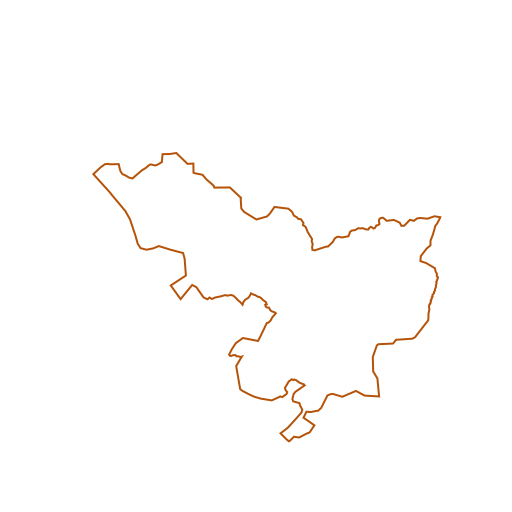 Charanchi, Katsina, Nigeria, rotated 124°
{"feature_id": "59680162B50452180674611", "entity_name": "Charanchi", "entity_type": "district", "adm_level": 2, "iso_a3": "NGA", "parent_name": "Nigeria", "parent_adm1": "Katsina", "projection": "mercator", "projection_center": [7.676, 12.562], "detail": "fine", "context": "isolated", "style": "outline", "palette": "amber", "viewbox_px": 512, "rotation_deg": 124, "n_neighbors": 0, "source": "geoboundaries", "source_scale": "gbopen_adm2", "svg_char_len": 3916}
<svg xmlns="http://www.w3.org/2000/svg" viewBox="0 0 512 512"><g transform="rotate(124 256 256)"><path d="M120.8,124.9L123.3,130.3L129.2,134.7L132.6,141.0L134.8,143.5L138.6,144.8L139.9,148.6L147.9,150.0L149.7,152.3L148.0,155.5L149.0,161.9L152.3,165.6L153.8,167.5L153.4,169.6L153.3,172.3L155.0,173.9L155.4,174.0L156.5,174.4L158.5,173.5L159.8,172.2L160.4,171.5L162.3,172.1L163.3,173.3L166.1,173.1L167.4,173.7L167.6,177.2L169.4,177.8L171.3,177.7L172.5,179.9L173.3,183.2L174.9,185.0L175.7,186.7L179.2,188.4L181.3,190.8L183.3,191.5L187.9,190.4L192.5,195.0L193.9,198.4L194.8,199.4L197.2,200.5L201.3,200.2L202.6,200.5L206.3,201.2L206.5,201.3L207.9,201.6L209.1,203.2L209.9,203.8L218.5,210.5L219.4,212.6L217.2,214.5L214.5,215.6L212.5,218.2L210.6,219.0L207.3,226.4L205.5,229.0L204.1,231.2L204.1,234.3L202.1,235.1L200.4,239.3L201.6,241.8L201.1,243.6L201.3,247.3L199.4,250.4L199.0,252.0L198.7,255.7L205.0,268.1L213.1,268.2L217.1,269.0L225.5,276.1L226.1,290.4L225.0,294.2L224.9,294.7L217.0,300.8L216.2,300.9L213.8,316.0L222.6,328.8L221.6,330.0L221.2,331.9L220.3,339.4L218.6,345.8L221.6,353.0L221.9,354.4L214.4,359.6L217.9,364.3L215.2,379.7L219.9,384.8L223.8,390.4L230.8,386.6L235.3,388.7L237.4,390.3L238.9,394.4L239.8,395.2L244.8,396.7L248.8,398.5L260.8,401.8L262.0,405.1L262.2,409.2L262.8,412.5L261.7,415.4L260.9,416.5L259.4,418.2L256.6,421.2L261.4,428.0L262.6,430.5L264.4,432.6L269.4,434.4L279.1,436.6L285.2,411.8L286.0,409.6L291.8,389.4L296.1,380.9L306.8,367.0L312.0,360.9L314.0,356.1L313.7,355.0L312.9,352.9L312.1,350.4L307.2,345.5L302.1,342.1L298.8,331.0L294.3,318.1L298.1,313.7L311.4,303.2L328.1,310.2L333.9,294.4L315.7,292.7L315.2,288.0L319.7,276.3L319.0,272.0L316.4,271.3L316.3,268.5L313.3,266.7L309.3,262.8L305.6,259.6L305.0,257.7L302.3,254.9L301.6,252.8L301.9,249.9L302.7,246.5L303.1,242.8L303.9,239.9L301.3,240.7L298.2,240.5L294.8,238.9L292.0,238.9L289.8,239.3L289.3,235.8L288.8,234.9L288.8,231.7L288.1,230.4L288.0,227.9L288.6,225.7L288.6,223.6L288.7,221.9L290.1,220.1L291.2,221.1L292.5,219.7L292.6,218.3L291.6,216.4L292.8,214.1L293.1,212.4L292.5,209.8L292.2,208.5L292.4,207.5L297.9,208.2L301.3,207.8L304.2,208.4L305.6,209.6L309.4,209.0L313.9,208.3L316.8,207.9L319.2,207.5L325.3,206.8L331.3,221.0L339.6,224.0L347.1,223.9L352.9,223.1L353.3,221.7L352.5,220.5L351.2,219.7L350.3,218.6L349.7,217.6L350.0,215.9L349.1,214.7L348.7,213.6L348.5,212.3L347.4,211.5L358.3,210.9L375.2,194.7L375.4,191.7L374.6,184.7L373.7,179.0L371.5,172.1L366.9,162.2L360.1,158.0L358.9,157.4L358.4,155.4L353.4,153.5L351.4,154.0L350.6,156.6L349.2,158.2L341.8,158.7L338.3,157.5L338.1,155.8L337.1,155.4L337.1,155.1L336.9,154.6L336.5,153.5L336.7,149.0L336.3,147.1L336.0,146.1L335.7,144.4L336.3,144.1L336.2,143.4L346.6,147.4L349.4,147.6L354.3,145.8L355.7,143.9L353.7,137.7L355.5,135.5L357.0,132.6L357.7,131.5L360.6,130.8L368.4,131.8L380.6,133.6L389.3,136.5L391.0,127.8L391.2,125.0L389.5,124.4L384.6,123.5L382.4,118.8L374.9,114.7L373.7,113.9L373.5,113.5L371.9,112.9L363.7,112.9L363.5,126.2L356.9,127.1L354.7,123.3L351.0,119.7L349.6,118.0L345.4,117.0L331.7,118.8L329.1,117.1L327.8,115.8L327.3,114.9L324.4,105.7L312.0,97.7L311.0,87.9L303.6,75.4L289.6,86.9L286.2,94.3L274.4,102.7L262.5,105.8L260.7,105.2L252.0,93.5L249.8,93.2L247.2,93.1L237.1,80.1L234.3,78.7L212.9,77.3L209.2,79.5L207.7,80.6L206.4,81.1L204.9,81.8L203.2,82.5L200.7,84.7L199.6,85.0L199.1,84.8L198.8,85.1L197.8,84.8L197.3,85.4L196.7,85.4L195.7,85.5L195.3,86.1L194.8,86.5L194.3,86.3L193.0,86.4L192.0,87.2L191.4,86.8L190.8,86.9L190.3,87.5L189.5,88.0L188.3,87.7L187.4,87.6L186.3,88.4L185.5,88.2L184.5,88.3L183.5,89.0L182.3,89.3L181.3,89.4L179.5,90.5L178.3,90.9L177.5,91.1L176.5,92.2L175.5,92.1L175.0,92.4L173.5,92.7L172.1,93.1L171.7,93.6L171.8,94.2L171.5,94.9L169.6,96.1L168.3,98.6L166.1,100.8L166.7,111.1L168.3,116.8L164.0,119.3L154.4,118.7L149.6,117.3L145.7,119.9L140.2,121.1L135.0,122.7L130.7,124.2L128.3,124.0L123.6,124.4L120.8,124.9Z" fill="none" stroke="#b45309" stroke-width="2"/></g></svg>